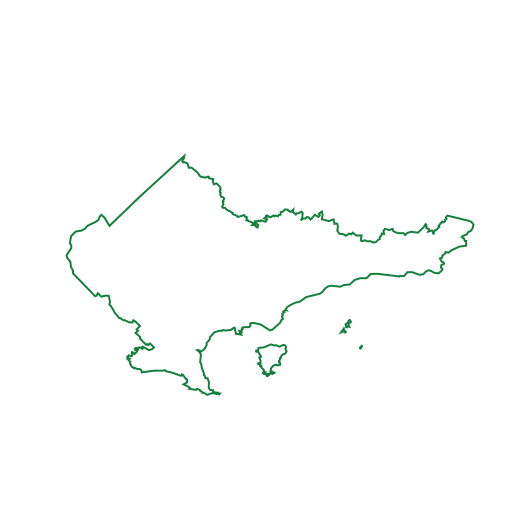 Townsville, Queensland, Australia (orthographic projection), rotated 130°
{"feature_id": "25037944B93557893838922", "entity_name": "Townsville", "entity_type": "district", "adm_level": 2, "iso_a3": "AUS", "parent_name": "Australia", "parent_adm1": "Queensland", "projection": "orthographic", "projection_center": [146.799, -19.352], "detail": "fine", "context": "isolated", "style": "outline", "palette": "green", "viewbox_px": 512, "rotation_deg": 130, "n_neighbors": 0, "source": "geoboundaries", "source_scale": "gbopen_adm2", "svg_char_len": 6153}
<svg xmlns="http://www.w3.org/2000/svg" viewBox="0 0 512 512"><g transform="rotate(130 256 256)"><path d="M420.3,277.1L419.7,277.0L419.0,274.6L417.2,272.1L417.3,270.3L418.5,268.7L409.3,260.3L403.4,253.3L402.0,252.4L402.1,250.8L398.8,244.2L396.3,237.0L395.4,236.2L394.5,236.6L393.9,235.8L394.2,234.7L394.4,236.0L394.8,235.5L394.3,234.5L395.3,230.5L394.8,229.6L395.9,228.3L397.4,227.6L400.9,229.0L399.4,222.8L399.7,221.8L400.6,221.8L397.2,216.0L396.0,215.9L395.3,215.0L394.7,212.4L395.3,211.8L394.7,209.7L395.2,208.9L394.3,207.9L393.7,204.1L390.1,202.0L387.7,199.4L387.1,197.2L385.9,196.6L385.7,195.3L384.7,195.3L385.3,196.0L385.1,197.5L386.4,198.6L387.5,201.6L386.4,202.6L388.1,204.9L387.5,207.3L382.8,211.1L380.8,214.5L382.0,216.3L380.8,217.8L380.8,219.3L379.5,220.2L376.4,225.7L373.7,228.9L373.4,230.4L366.8,234.9L365.8,238.2L366.0,240.5L365.1,239.8L364.4,236.7L360.8,235.7L356.1,236.5L354.3,237.9L349.9,237.8L347.7,239.1L341.2,238.8L337.1,236.3L334.8,233.7L334.0,233.7L332.5,231.3L328.9,227.8L324.9,226.8L324.7,226.1L328.5,221.4L325.8,216.9L325.6,217.9L324.7,216.9L325.3,217.8L324.2,220.5L323.7,219.5L323.2,220.3L323.6,219.1L322.6,219.4L324.0,217.2L322.6,219.4L320.3,219.3L319.7,220.3L318.1,219.4L314.9,215.5L312.9,215.5L311.5,217.0L309.2,215.5L305.4,208.3L304.1,197.6L301.8,196.1L291.5,194.6L288.8,195.4L286.8,195.0L285.8,197.1L284.0,197.4L283.6,198.6L281.9,198.4L281.1,199.3L280.4,198.4L280.1,199.2L278.2,198.8L277.9,198.0L277.6,199.0L275.3,199.3L271.1,198.0L266.4,195.8L262.8,193.1L255.1,191.1L243.8,182.8L240.8,182.0L236.3,182.2L232.6,181.1L230.2,179.0L225.4,171.8L221.8,170.0L217.6,165.9L210.8,165.0L205.9,161.8L202.4,157.6L201.2,156.9L196.1,156.6L191.6,151.6L179.5,133.0L178.5,132.9L176.5,129.8L171.0,129.5L168.0,126.0L165.3,118.6L162.3,116.1L158.6,115.9L156.2,114.8L154.8,112.1L154.4,108.9L151.9,104.9L146.8,104.3L146.1,104.9L146.0,106.9L143.7,108.2L141.6,107.0L140.7,107.2L140.4,108.4L141.0,109.8L139.7,113.5L137.5,112.3L136.0,113.5L132.2,112.7L131.1,113.3L129.7,110.7L125.9,109.9L118.0,106.2L113.0,101.6L109.4,104.6L110.3,105.7L109.0,107.7L109.3,110.6L107.5,110.4L104.3,108.5L100.8,108.7L99.0,107.6L95.9,107.8L92.2,109.5L91.4,112.9L92.4,115.9L102.1,135.4L104.3,135.4L105.1,133.9L106.4,134.5L107.9,133.5L110.1,134.3L110.0,135.6L115.8,135.4L115.9,134.3L119.8,134.6L121.0,135.4L123.3,135.2L124.7,134.3L124.9,135.1L123.4,136.3L123.3,137.5L126.5,139.7L124.9,140.0L124.2,140.9L125.1,143.4L122.6,145.5L122.6,146.5L126.2,146.1L134.1,147.0L137.6,152.6L141.0,154.9L144.0,155.1L143.8,157.9L146.4,160.8L148.3,164.5L148.6,167.2L147.4,168.8L150.4,170.6L152.4,174.7L155.0,174.4L156.8,172.1L158.0,174.1L159.9,173.0L161.9,173.3L163.6,172.1L164.7,172.8L168.3,173.1L170.3,174.9L171.1,177.8L173.3,180.4L173.9,182.6L176.8,184.6L176.5,185.9L172.4,188.3L175.8,192.3L176.0,196.9L178.2,196.9L178.9,199.0L182.6,200.1L183.3,203.5L185.4,206.5L184.3,210.0L181.3,211.8L179.1,214.3L179.4,215.5L181.0,216.5L178.1,220.1L182.4,222.6L185.5,229.2L181.5,231.5L179.6,234.2L183.3,235.0L183.8,233.3L185.9,233.2L186.6,237.4L193.0,237.6L192.6,240.5L193.4,242.0L195.6,242.3L197.0,244.0L199.9,244.5L196.9,245.2L192.9,248.0L192.8,249.7L195.7,250.7L197.5,252.5L198.6,252.2L198.6,256.1L196.6,257.2L199.8,257.6L200.5,261.0L200.1,261.4L201.6,263.7L205.1,264.0L206.5,265.3L208.6,263.7L210.1,264.9L211.4,264.7L212.7,267.3L213.8,267.4L213.8,268.7L217.1,269.8L217.9,273.9L218.6,274.1L219.0,272.9L219.9,273.7L221.9,273.9L220.8,271.1L223.6,270.7L225.7,275.3L226.8,275.3L227.2,276.7L228.3,277.0L229.9,279.0L230.5,277.7L232.0,278.3L230.9,276.2L230.8,274.2L233.2,273.1L233.6,274.3L232.9,276.3L234.6,278.7L232.9,278.5L232.4,279.4L234.6,286.1L233.8,286.0L233.6,287.1L232.2,288.0L232.9,289.7L232.3,291.4L237.7,294.9L237.4,296.2L238.9,300.8L238.0,301.3L239.4,308.7L239.0,310.6L240.5,312.7L239.8,313.7L237.2,314.3L236.4,315.7L235.4,315.8L235.3,316.7L232.5,317.2L232.1,318.4L233.0,320.9L231.7,323.1L230.3,323.6L230.1,325.1L228.2,325.5L228.2,326.2L226.5,327.1L226.1,328.6L225.8,333.1L228.1,334.3L226.8,337.0L224.6,338.2L226.7,342.0L225.8,342.7L225.9,343.7L228.3,345.0L230.6,348.8L230.8,350.3L229.7,354.5L229.8,362.2L231.6,364.2L229.1,368.3L230.3,371.5L231.2,372.1L230.7,373.6L227.1,374.2L225.3,375.3L286.7,383.3L327.1,387.6L324.0,396.8L323.9,401.0L325.9,401.1L329.6,399.9L333.3,400.9L341.1,404.5L344.9,404.6L348.4,405.8L353.2,409.8L359.6,410.4L365.6,407.0L366.5,404.4L368.8,402.6L377.0,401.7L378.6,399.8L379.9,394.3L383.3,390.8L384.9,386.6L386.9,385.1L390.2,353.4L389.1,352.7L386.2,353.2L386.6,348.4L383.1,345.8L381.1,343.2L385.2,338.2L387.5,337.1L387.6,334.8L390.3,327.4L391.5,320.9L390.8,320.2L390.4,316.1L389.5,315.2L388.3,310.4L386.2,307.9L384.1,308.6L383.7,305.9L384.3,299.8L388.9,300.3L389.1,298.4L392.4,298.8L392.5,292.6L393.8,291.8L394.6,283.6L394.3,282.6L393.2,282.5L393.3,281.2L391.1,281.0L391.6,275.4L394.0,275.7L396.9,277.4L398.3,284.7L398.9,284.8L399.1,283.3L400.2,283.4L400.2,285.3L401.4,286.9L402.4,286.9L403.6,289.0L405.1,289.2L405.7,288.0L403.5,286.3L406.9,285.7L409.2,286.2L408.7,287.9L409.4,289.3L410.2,288.9L410.3,287.7L412.6,286.8L413.8,289.6L415.0,289.6L415.0,288.1L415.8,289.8L417.5,288.5L416.1,286.6L417.7,286.5L417.8,284.2L419.3,283.4L420.6,280.2L420.3,277.1ZM334.6,171.1L331.8,172.4L328.5,172.1L326.5,170.9L325.9,169.0L323.7,167.6L322.3,168.9L322.8,169.6L321.9,170.9L320.6,170.8L319.2,171.8L318.2,171.5L318.0,172.1L314.7,172.4L312.0,170.8L309.4,171.3L308.4,173.6L306.5,174.4L305.7,176.3L306.8,178.0L310.3,179.7L311.4,183.3L312.7,184.4L314.2,187.8L320.6,191.0L324.9,195.0L326.8,193.8L328.3,195.1L329.1,194.4L328.0,192.4L329.9,187.4L331.6,188.2L333.0,185.5L335.0,183.9L336.7,185.3L337.3,184.8L336.0,183.2L337.6,182.3L336.7,181.2L337.8,180.6L338.4,176.3L340.9,175.5L338.9,174.1L339.4,173.3L340.9,173.5L339.7,171.7L340.9,171.0L340.7,170.0L338.8,169.6L338.1,170.6L337.0,169.3L336.2,169.8L335.8,167.6L333.7,166.8L334.6,171.1ZM245.8,143.5L248.3,142.7L250.7,143.5L252.5,141.1L252.1,140.4L251.0,140.6L250.3,139.2L249.9,140.4L248.2,141.4L245.5,140.9L244.6,142.8L245.8,143.5ZM256.2,138.8L256.6,139.7L255.1,142.1L259.7,141.7L257.2,140.5L257.6,139.1L257.0,138.2L256.2,138.8ZM256.0,117.2L259.2,117.5L259.8,116.7L259.2,116.2L256.0,117.2Z" fill="none" stroke="#15803d" stroke-width="2"/></g></svg>